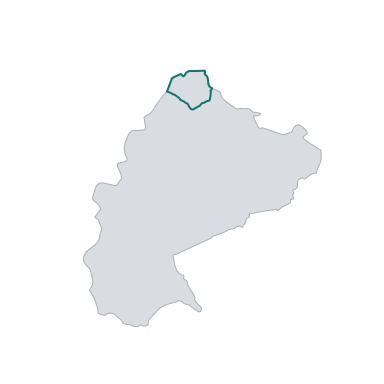 location of Oudalan within Burkina Faso, rotated 336°
{"feature_id": "BFA-2805", "entity_name": "Oudalan", "entity_type": "Province", "adm_level": 1, "iso_a3": "BFA", "parent_name": "Burkina Faso", "parent_adm1": "", "projection": "natural_earth1", "projection_center": [-0.325, 14.611], "detail": "fine", "context": "in_parent", "style": "outline", "palette": "teal", "viewbox_px": 384, "rotation_deg": 336, "n_neighbors": 0, "source": "natural_earth", "source_scale": "10m", "svg_char_len": 3921}
<svg xmlns="http://www.w3.org/2000/svg" viewBox="0 0 384 384"><g transform="rotate(336 192 192)"><path d="M276.2,242.1L267.5,242.5L264.3,243.6L262.3,243.6L262.3,242.7L262.0,242.1L251.0,239.1L243.2,237.2L235.3,235.2L234.9,237.1L233.7,238.3L232.0,238.4L230.9,238.1L230.1,239.6L228.8,241.5L226.9,242.5L225.2,243.7L224.1,244.7L223.4,244.7L221.6,242.3L219.2,242.0L214.7,242.4L212.7,241.7L210.0,241.4L203.5,241.9L193.1,240.9L191.4,241.5L191.0,241.9L180.7,242.0L169.4,242.2L160.0,242.3L151.7,242.4L151.7,241.9L149.0,241.9L148.7,242.7L146.4,252.6L146.1,258.0L147.3,261.4L148.7,263.5L150.3,264.4L150.5,265.6L149.2,267.1L149.3,268.7L150.8,270.4L151.1,272.1L150.4,273.9L150.6,278.2L151.7,285.1L151.7,289.6L150.6,291.6L151.1,295.1L153.1,300.1L153.5,302.1L152.8,303.1L151.1,304.4L149.4,304.3L147.4,301.4L146.5,300.0L144.9,297.0L143.5,294.0L141.7,292.6L139.9,291.4L137.7,287.5L135.5,285.7L133.3,286.2L130.0,285.5L123.3,284.5L116.2,284.8L113.2,285.7L110.2,287.1L102.8,290.2L99.9,291.7L97.6,295.6L95.1,295.5L92.6,294.3L91.0,292.5L87.6,292.9L84.3,291.2L81.2,287.9L78.9,286.7L75.9,284.3L75.1,279.7L73.2,276.4L71.5,271.9L69.0,269.9L66.0,268.8L61.9,269.1L59.2,267.3L57.1,264.6L57.7,262.3L58.6,259.1L58.8,256.0L59.4,250.9L59.1,244.6L58.3,240.1L60.6,238.3L63.2,236.6L64.9,233.6L66.6,226.9L67.3,221.1L66.8,218.9L65.9,217.2L65.3,214.7L64.9,211.6L65.4,208.9L67.4,206.4L69.8,204.4L71.6,203.4L76.3,202.3L82.1,200.8L85.5,199.1L87.9,197.3L89.3,195.9L90.7,193.1L93.0,190.9L94.7,188.7L95.0,182.5L95.0,179.0L93.7,177.0L93.0,175.4L101.7,170.5L101.7,167.1L100.6,163.3L98.9,160.2L98.3,157.6L100.7,154.5L102.8,152.1L104.3,150.2L107.7,147.1L111.3,146.3L114.5,147.5L123.9,154.6L125.5,155.1L127.5,154.5L130.0,152.6L133.2,151.2L134.4,146.4L134.3,139.4L135.1,136.2L136.8,135.6L142.2,136.9L143.6,137.0L145.2,136.5L146.3,135.3L146.3,133.0L146.1,131.0L147.8,124.5L151.1,119.6L157.6,113.5L159.7,112.3L162.0,111.7L173.7,115.9L175.6,114.8L178.5,104.4L181.7,103.4L185.5,103.2L187.9,102.3L189.2,101.6L194.8,97.7L204.6,92.3L209.9,90.0L210.9,89.1L214.7,85.3L219.7,80.9L222.9,80.0L227.3,79.7L230.1,80.4L230.8,81.7L231.7,82.3L237.5,80.4L245.7,83.4L252.9,86.3L252.4,88.2L252.4,91.4L251.8,96.6L251.1,102.8L254.0,106.8L257.5,111.1L258.5,112.8L257.5,117.0L258.2,119.5L260.1,123.7L263.2,128.9L266.5,134.4L268.8,135.1L270.9,135.5L272.2,136.5L274.1,137.4L276.0,138.0L277.7,139.2L278.7,140.4L280.1,143.7L283.8,145.9L286.4,148.1L285.3,149.2L282.1,148.8L279.1,147.8L278.7,149.4L278.6,155.6L279.1,160.7L279.8,161.3L282.8,162.3L290.0,168.9L296.6,175.2L298.8,176.8L302.4,177.4L306.4,177.7L308.2,177.1L312.1,174.0L314.2,173.6L316.1,173.7L317.1,174.2L319.0,176.8L320.8,180.7L321.3,183.6L321.1,185.1L320.5,185.7L317.3,186.4L315.9,187.0L315.6,187.9L316.1,189.8L316.7,191.0L320.3,196.7L325.3,204.2L326.9,206.2L326.0,208.4L323.5,214.3L321.5,216.8L313.0,225.2L308.8,224.2L300.1,225.9L298.7,224.0L296.7,223.7L294.2,224.1L293.2,224.8L293.0,225.6L292.0,226.8L290.4,230.1L289.2,230.9L287.6,231.4L285.7,231.4L284.6,231.8L284.6,233.5L284.2,234.9L282.9,235.6L282.4,237.2L282.5,238.8L281.8,239.5L280.1,239.1L279.1,238.7L278.2,240.7L277.1,242.1L276.2,242.1Z" fill="#d9dde1" stroke="#a8b0b8" stroke-width="1"/><path d="M229.6,79.6L229.9,79.8L230.7,82.2L231.0,82.7L232.0,82.7L233.2,82.1L235.3,80.6L237.4,80.2L239.8,80.8L244.3,82.9L252.9,86.3L253.0,87.2L252.7,87.8L252.2,88.2L251.8,88.8L251.7,90.0L252.7,92.3L252.9,93.5L250.7,100.8L250.9,102.8L251.9,104.8L252.4,105.2L252.4,105.3L251.6,106.3L250.9,106.7L250.3,106.7L249.3,109.8L248.5,110.8L247.8,112.1L245.5,115.2L244.5,115.5L243.0,115.1L241.3,115.1L239.7,115.4L238.4,115.1L237.1,114.9L234.7,116.2L228.4,116.9L226.2,116.9L225.6,116.6L224.7,115.6L224.2,113.9L223.9,109.6L223.5,109.1L222.9,108.6L222.2,107.6L221.3,105.8L218.8,103.1L218.8,102.1L218.5,101.0L217.6,99.3L215.5,95.8L214.4,95.1L212.8,92.6L210.8,90.9L210.1,90.0L217.1,82.9L218.9,80.9L219.3,80.5L219.9,80.0L221.1,79.7L228.5,79.6L229.6,79.6Z" fill="none" stroke="#0f766e" stroke-width="2"/></g></svg>